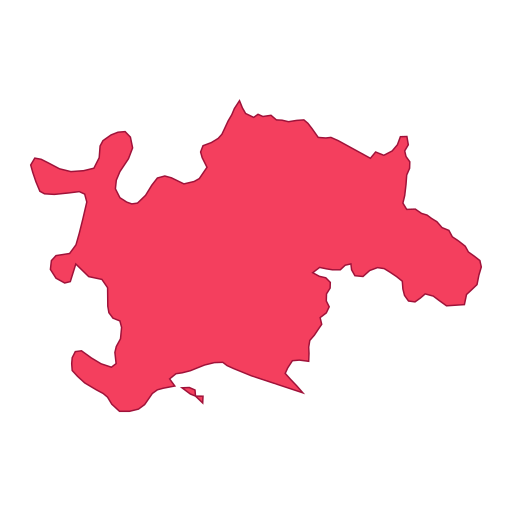 the district of Campos Borges, Rio Grande do Sul, Brazil
{"feature_id": "56859067B64175981570614", "entity_name": "Campos Borges", "entity_type": "district", "adm_level": 2, "iso_a3": "BRA", "parent_name": "Brazil", "parent_adm1": "Rio Grande do Sul", "projection": "mercator", "projection_center": [-53.06, -28.908], "detail": "fine", "context": "isolated", "style": "filled", "palette": "rose", "viewbox_px": 512, "rotation_deg": 0, "n_neighbors": 0, "source": "geoboundaries", "source_scale": "gbopen_adm2", "svg_char_len": 2747}
<svg xmlns="http://www.w3.org/2000/svg" viewBox="0 0 512 512"><path d="M239.5,100.7L234.4,108.5L231.8,114.7L228.1,121.0L224.4,129.0L221.9,134.3L218.2,138.4L211.3,142.6L203.0,145.7L200.6,152.0L202.2,157.7L207.0,167.3L199.3,178.6L194.1,181.5L183.9,183.9L171.4,177.8L164.8,176.0L157.4,178.0L151.8,185.2L145.6,195.3L137.5,203.1L131.8,203.9L126.7,202.1L119.9,197.7L115.4,188.8L116.3,180.2L119.9,171.6L128.5,158.7L132.6,147.9L130.4,137.1L125.1,131.6L118.0,132.2L111.1,134.9L103.0,140.6L100.1,146.0L99.2,157.7L93.9,168.2L83.6,170.7L70.9,171.6L59.5,168.8L48.5,163.0L41.2,159.3L34.8,158.1L30.7,165.0L32.8,172.5L35.9,181.7L39.9,191.3L44.5,193.8L54.3,194.4L69.0,192.9L79.3,191.6L84.7,194.1L86.8,202.0L82.7,219.6L79.3,233.2L76.0,244.8L69.6,253.5L56.0,255.6L51.4,260.6L50.4,269.4L56.0,278.2L64.7,283.0L70.3,281.6L75.8,264.0L88.7,276.6L101.9,279.4L107.6,287.7L107.8,306.2L108.9,312.7L113.0,318.2L119.9,320.9L121.6,327.4L120.5,338.8L116.3,346.5L114.9,352.4L116.1,363.6L111.4,367.2L101.1,363.8L91.3,357.9L81.5,350.8L75.3,351.6L72.2,357.7L71.7,363.6L72.2,370.5L77.6,376.4L84.7,382.9L96.3,389.8L103.2,393.5L107.5,397.1L111.8,404.2L119.5,411.3L129.5,411.3L138.5,409.1L144.7,404.5L152.3,393.5L157.4,389.8L163.3,388.2L174.8,386.0L169.6,378.9L176.0,373.7L182.2,372.8L190.4,370.7L196.8,368.1L204.6,365.0L214.4,362.6L222.8,362.3L227.1,365.6L233.5,368.5L251.4,375.8L302.8,392.8L296.6,385.7L290.5,379.3L285.2,373.4L287.7,367.9L292.4,360.7L299.3,360.1L308.7,361.3L309.0,353.4L308.7,347.1L309.8,340.4L314.4,335.1L318.2,329.4L321.7,324.3L320.1,317.6L326.3,312.9L329.2,306.8L326.3,301.0L326.5,293.9L330.1,288.1L330.3,282.4L325.8,277.8L319.3,276.3L312.7,272.7L319.6,267.4L326.3,268.8L332.5,269.8L340.3,269.8L345.2,265.2L350.9,263.9L351.6,269.8L354.9,275.7L363.0,276.5L369.7,270.5L377.5,267.6L384.2,268.6L390.2,272.3L396.6,276.6L402.3,281.2L402.9,289.0L404.5,295.4L408.5,301.0L415.0,301.9L420.3,298.1L425.2,293.9L433.3,296.1L439.0,300.4L446.5,305.8L464.4,304.6L466.5,294.5L471.9,289.5L477.0,284.6L478.9,275.1L481.3,267.0L479.9,260.6L474.3,256.2L468.4,252.0L465.2,246.2L458.7,241.1L452.3,236.8L448.9,230.4L442.0,227.6L437.0,221.8L431.5,218.4L427.1,215.1L421.5,213.4L415.3,209.1L406.7,209.4L402.9,203.1L404.7,195.6L406.0,184.5L406.7,175.0L409.6,168.3L409.8,161.8L406.0,156.5L404.7,150.9L408.3,144.8L406.9,136.5L400.4,136.7L397.4,144.8L392.1,151.0L383.8,155.3L375.6,152.0L370.4,158.3L338.5,140.8L330.9,137.4L325.8,138.0L318.2,137.4L312.3,129.0L307.9,123.3L303.9,119.9L296.7,120.4L288.5,121.7L282.1,120.2L276.4,119.9L271.0,115.3L262.9,116.5L258.0,114.3L253.7,117.4L245.6,113.5L242.4,107.9L239.5,100.7ZM195.5,396.1L195.0,390.0L189.3,387.5L182.0,387.8L190.3,394.0L195.5,396.1ZM195.5,396.1L202.7,403.0L203.0,396.2L195.5,396.1Z" fill="#f43f5e" stroke="#9f1239" stroke-width="1.5"/></svg>